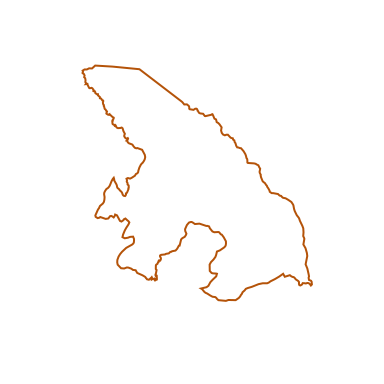 Santo Domingo Tepuxtepec, Oaxaca, Mexico, rotated 200°
{"feature_id": "50627088B60022812235363", "entity_name": "Santo Domingo Tepuxtepec", "entity_type": "district", "adm_level": 2, "iso_a3": "MEX", "parent_name": "Mexico", "parent_adm1": "Oaxaca", "projection": "natural_earth1", "projection_center": [-96.068, 16.934], "detail": "fine", "context": "isolated", "style": "outline", "palette": "amber", "viewbox_px": 384, "rotation_deg": 200, "n_neighbors": 0, "source": "geoboundaries", "source_scale": "gbopen_adm2", "svg_char_len": 6071}
<svg xmlns="http://www.w3.org/2000/svg" viewBox="0 0 384 384"><g transform="rotate(200 192 192)"><path d="M48.3,144.8L47.7,146.1L48.9,148.6L49.8,149.3L52.0,149.4L53.1,151.3L53.2,152.8L54.4,154.8L57.5,159.6L60.5,162.9L61.8,171.3L63.2,174.0L66.1,178.0L69.4,180.8L70.4,186.4L70.9,187.1L72.4,188.6L73.4,192.2L75.0,195.9L76.7,197.9L80.8,201.9L82.2,203.7L83.0,204.4L85.6,206.0L89.0,209.3L90.3,211.0L92.2,214.2L92.8,214.8L95.2,216.6L98.7,217.5L101.9,218.1L104.5,217.7L105.7,218.1L106.9,218.8L108.5,218.6L110.5,219.5L115.3,218.7L116.8,218.2L119.0,218.8L119.6,219.8L121.5,221.5L123.1,222.6L123.8,223.5L125.0,224.1L126.3,225.2L128.7,226.0L129.3,226.3L132.1,229.4L133.1,230.9L133.2,231.6L134.9,233.2L135.4,234.1L135.9,237.2L137.1,238.1L138.8,239.8L141.0,240.0L141.7,240.3L143.5,240.1L149.4,238.4L150.0,238.6L151.0,241.1L151.6,242.0L152.4,242.5L153.7,244.5L154.8,245.8L157.5,248.0L160.9,249.9L162.3,249.6L163.5,249.7L164.8,249.4L166.3,250.6L167.9,252.8L168.9,253.4L169.9,255.0L171.1,255.2L171.5,255.6L172.0,256.4L173.5,256.2L174.4,256.3L177.9,258.1L179.4,257.5L180.5,256.5L182.4,256.6L184.2,257.7L185.7,259.7L186.3,262.9L189.3,265.0L190.9,265.8L192.7,266.1L194.2,268.4L196.0,268.6L198.4,271.2L199.4,272.1L199.9,271.8L200.1,271.3L205.3,267.9L206.0,267.8L208.3,269.3L210.9,268.7L212.2,268.7L213.4,269.5L213.9,270.1L214.6,270.3L214.9,270.9L215.6,271.6L216.2,271.8L216.7,271.7L217.5,271.3L218.7,269.7L222.6,269.0L223.1,269.4L223.6,270.8L224.5,271.8L226.8,272.6L229.2,271.6L231.9,273.2L233.7,273.8L283.4,289.4L309.4,282.7L326.2,277.7L328.2,273.9L331.0,273.0L332.7,271.2L334.9,270.4L336.3,268.6L335.5,267.7L335.6,266.4L335.0,266.1L334.1,266.0L332.8,264.8L332.6,263.0L331.3,262.4L330.3,260.7L329.8,258.8L329.4,258.4L328.3,258.0L328.6,257.1L327.2,257.8L326.6,256.8L324.2,254.6L323.4,254.6L322.1,255.5L321.1,255.4L320.3,254.8L319.6,254.5L319.2,253.1L318.7,253.1L318.0,253.5L317.1,252.8L316.8,252.0L316.1,251.7L314.8,251.4L313.8,251.7L313.5,250.7L311.0,249.7L310.6,248.6L309.3,248.7L307.6,247.4L307.0,247.6L306.5,247.2L306.3,245.5L305.8,244.6L305.2,243.8L304.6,243.6L304.4,243.3L304.3,242.6L303.7,242.1L302.6,240.4L302.2,240.1L301.3,239.9L300.5,239.0L299.9,238.9L299.4,238.6L299.4,236.6L299.1,236.3L297.1,235.9L296.2,236.9L295.9,236.4L295.5,236.3L295.1,236.5L292.4,235.3L291.0,235.1L290.8,234.6L290.8,233.8L291.2,232.9L291.1,232.2L290.8,231.9L291.2,231.4L290.0,228.9L289.6,228.6L288.3,228.5L287.2,227.7L287.0,227.9L286.9,228.6L286.4,228.4L285.7,227.4L284.7,226.8L283.4,226.7L281.1,227.7L280.5,228.3L280.1,228.5L279.0,228.1L277.2,225.7L275.0,223.7L275.0,222.0L274.6,221.0L272.8,219.8L271.9,219.8L271.2,220.2L270.8,220.7L270.4,220.4L270.5,219.9L270.3,219.3L271.0,217.8L270.2,217.8L269.3,216.7L267.9,216.2L264.6,216.2L263.8,215.9L262.7,215.0L260.8,214.0L259.3,214.0L258.4,214.6L253.3,214.6L249.1,210.8L247.9,208.8L247.6,206.5L247.8,204.8L248.3,202.7L248.9,201.6L249.4,200.2L249.8,197.0L249.7,193.7L249.4,192.2L249.7,191.0L250.9,189.6L251.2,187.8L253.6,184.6L254.8,183.4L257.0,183.2L258.1,182.1L257.1,180.8L256.9,179.5L256.6,179.1L256.0,178.8L255.5,178.1L255.1,177.0L253.8,176.5L253.0,174.7L253.1,173.7L252.7,173.3L252.8,170.1L252.9,169.0L253.6,168.1L253.2,167.2L253.2,166.0L253.5,165.3L255.0,165.1L256.1,165.7L257.5,167.4L258.5,168.1L260.5,168.9L261.3,169.6L263.3,170.3L264.1,171.1L264.9,172.5L265.7,173.4L269.1,176.3L269.5,177.4L270.4,178.6L270.9,177.3L271.3,174.5L271.4,170.7L271.6,169.0L272.2,167.3L273.5,165.4L274.0,163.3L274.2,161.5L273.9,160.0L272.4,157.3L271.7,154.8L271.4,152.6L271.8,150.7L273.7,147.4L273.9,144.8L274.2,144.0L274.4,142.8L274.8,136.9L274.0,135.7L271.7,135.2L270.1,136.3L269.7,137.1L263.9,137.2L261.6,138.5L260.7,141.3L259.7,141.9L258.6,141.8L256.9,141.3L256.4,143.1L256.5,144.5L254.5,144.4L249.8,140.2L248.2,140.1L246.8,142.1L246.7,143.0L245.5,144.3L242.9,143.2L241.9,142.9L240.5,142.0L240.6,139.8L241.5,136.0L242.0,133.0L242.2,128.4L241.9,125.8L239.4,125.5L236.6,127.1L234.9,128.6L232.1,129.9L230.4,128.0L229.9,126.6L229.4,124.8L229.5,123.6L230.2,122.2L234.7,117.0L237.3,111.9L238.3,109.1L238.9,106.2L238.9,102.6L238.2,100.3L237.0,98.3L232.6,96.1L229.6,96.9L227.4,98.8L225.9,99.2L222.8,99.2L220.9,98.6L218.2,99.2L215.8,97.2L210.0,96.8L207.4,96.3L206.7,96.1L205.9,95.4L205.4,95.3L204.5,94.6L202.5,94.8L201.6,96.4L201.4,96.9L201.1,97.1L200.7,98.2L200.4,97.9L200.2,96.3L200.0,95.9L199.2,96.9L198.7,97.2L198.2,97.3L196.5,96.2L196.3,96.4L196.3,96.8L197.0,97.7L197.1,98.0L196.5,98.1L195.5,97.5L195.2,97.5L195.1,97.8L195.3,98.4L196.6,101.4L196.9,101.5L197.5,100.9L198.0,101.5L198.1,103.5L198.6,106.6L199.4,107.0L199.7,107.3L200.8,110.5L200.8,111.4L199.9,112.7L199.9,114.3L199.5,114.6L199.8,115.9L199.6,116.5L199.1,116.6L198.8,116.3L198.4,116.6L198.3,117.4L198.3,118.4L198.6,119.2L199.2,119.9L199.9,120.3L200.3,121.4L199.5,122.4L196.0,124.1L195.6,124.7L195.1,125.1L192.8,126.4L191.9,128.3L190.9,128.8L190.5,129.5L187.5,131.3L187.2,131.9L186.5,133.7L186.0,137.1L185.3,137.4L186.0,143.7L185.3,145.3L183.5,147.4L183.0,149.5L183.0,150.9L185.0,153.0L185.8,154.7L185.5,159.2L184.4,162.2L183.2,163.2L182.1,163.7L181.0,163.6L178.3,162.9L174.2,164.8L167.0,165.0L166.0,165.4L164.2,165.5L162.8,164.0L159.3,161.9L157.3,161.8L153.6,163.4L152.6,163.4L150.5,162.1L149.4,162.1L146.7,160.3L143.3,157.3L142.5,155.4L142.1,153.7L142.2,152.3L142.9,150.8L145.9,146.6L148.2,144.6L147.8,141.2L147.8,139.0L148.7,135.9L150.2,132.6L150.6,129.8L148.3,123.9L145.9,122.6L144.5,122.7L141.5,123.6L140.6,123.7L140.4,121.0L142.5,116.8L143.9,113.5L144.5,109.4L145.8,107.5L150.5,104.4L149.1,104.1L146.3,102.4L144.8,101.9L143.0,101.8L139.5,101.0L136.9,100.6L134.3,101.2L133.1,100.9L132.1,100.2L130.2,99.4L122.9,101.3L120.8,103.0L114.0,105.3L111.8,108.4L111.0,110.4L110.9,111.6L110.3,113.4L110.2,115.1L108.9,117.5L108.3,119.4L106.8,120.8L103.4,123.3L97.9,128.2L94.2,130.5L90.2,131.9L88.9,133.1L87.7,134.9L84.3,138.5L81.1,142.4L78.4,146.3L75.8,144.1L71.6,147.3L69.8,146.7L68.3,146.6L67.4,146.8L66.2,146.4L64.6,145.4L61.7,144.7L60.7,144.0L60.0,142.1L59.2,141.2L58.1,141.3L57.0,142.7L56.8,144.2L55.3,144.7L53.7,145.0L52.6,145.9L51.6,146.2L50.1,146.0L48.3,144.8Z" fill="none" stroke="#b45309" stroke-width="2"/></g></svg>